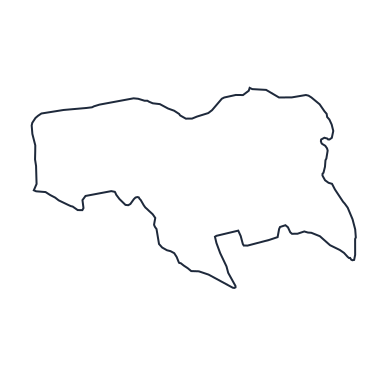 San Vicente Pacaya, Escuintla, Guatemala (Mercator projection), rotated 262°
{"feature_id": "79465075B46542077194483", "entity_name": "San Vicente Pacaya", "entity_type": "district", "adm_level": 2, "iso_a3": "GTM", "parent_name": "Guatemala", "parent_adm1": "Escuintla", "projection": "mercator", "projection_center": [-90.654, 14.339], "detail": "fine", "context": "isolated", "style": "outline", "palette": "slate", "viewbox_px": 384, "rotation_deg": 262, "n_neighbors": 0, "source": "geoboundaries", "source_scale": "gbopen_adm2", "svg_char_len": 2222}
<svg xmlns="http://www.w3.org/2000/svg" viewBox="0 0 384 384"><g transform="rotate(262 192 192)"><path d="M215.7,35.6L214.4,37.7L212.3,47.0L208.7,51.2L205.5,55.7L202.3,58.8L196.5,67.5L194.9,70.0L194.2,71.8L190.0,76.3L189.3,80.9L191.2,82.3L199.2,82.4L202.9,86.0L204.1,112.2L202.9,115.6L201.6,116.1L199.8,116.6L195.1,119.2L188.5,124.3L187.8,127.0L188.7,129.3L193.0,133.4L194.4,135.3L194.6,137.2L194.1,138.5L192.6,139.1L191.2,140.1L185.5,142.4L183.2,143.6L181.2,145.3L179.4,146.7L175.4,150.0L171.4,152.0L165.0,149.9L164.1,150.0L162.3,150.6L160.3,151.7L145.1,152.1L141.2,154.7L137.8,159.1L136.4,162.5L133.9,165.9L129.7,167.8L124.7,169.0L123.5,169.5L123.1,170.9L120.2,173.7L117.2,177.1L113.8,180.2L112.5,187.7L107.9,196.9L91.5,219.1L91.1,220.6L91.5,221.8L92.8,222.0L106.9,216.6L113.5,215.8L127.5,211.4L138.1,209.1L144.5,208.5L145.2,210.1L147.3,232.4L141.6,234.1L133.4,235.1L131.8,235.8L131.2,239.6L133.8,261.8L135.4,270.5L143.2,273.1L145.1,274.3L146.1,279.9L143.7,282.1L138.4,283.7L136.7,285.2L136.0,290.7L137.3,297.7L135.7,301.2L135.0,304.5L130.4,312.5L120.1,321.3L114.0,330.3L110.5,334.1L106.1,337.1L104.8,338.3L104.7,339.4L102.9,340.2L102.1,341.3L102.2,343.1L107.0,344.8L122.8,347.0L124.2,347.9L132.3,348.4L142.6,347.2L154.8,344.0L159.3,341.6L161.4,340.2L174.6,333.9L180.6,331.8L182.1,328.5L185.1,325.4L189.0,323.9L190.2,323.5L191.9,323.8L192.8,324.9L198.5,327.2L204.9,328.6L206.4,329.7L214.1,332.1L216.4,331.8L219.2,330.4L221.6,327.5L222.5,327.0L224.4,326.7L226.0,327.2L227.3,330.6L226.1,333.4L225.1,334.1L224.9,335.5L226.2,338.0L232.8,340.4L239.4,339.7L244.7,338.1L247.4,336.3L250.7,336.2L253.5,334.4L261.1,330.6L269.0,323.4L271.2,320.8L272.2,318.3L271.8,304.0L273.5,291.3L282.8,279.6L285.5,266.0L286.5,264.5L287.1,263.6L284.4,262.3L280.9,256.0L282.0,248.9L281.1,237.1L280.2,234.5L270.2,223.2L267.9,219.1L266.0,207.4L264.7,202.3L265.5,196.1L269.5,190.9L271.1,190.1L275.0,185.6L278.0,179.9L283.5,172.4L285.3,165.5L287.4,162.0L288.6,160.5L289.0,157.7L291.8,151.7L292.9,147.2L291.4,112.5L290.5,106.9L289.8,104.8L289.9,99.1L291.1,76.3L290.7,53.8L288.9,50.1L287.1,47.3L282.8,43.5L280.2,42.5L271.7,42.0L260.0,43.3L254.0,42.4L246.1,41.1L239.5,41.2L221.6,39.2L215.7,35.6Z" fill="none" stroke="#1e293b" stroke-width="2"/></g></svg>